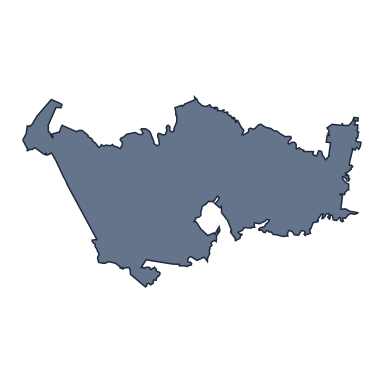 Naranjos Amatlán, Veracruz, Mexico (Albers equal-area conic projection)
{"feature_id": "50627088B32866858963160", "entity_name": "Naranjos Amatlán", "entity_type": "district", "adm_level": 2, "iso_a3": "MEX", "parent_name": "Mexico", "parent_adm1": "Veracruz", "projection": "albers", "projection_center": [-97.672, 21.308], "detail": "fine", "context": "isolated", "style": "filled", "palette": "slate", "viewbox_px": 384, "rotation_deg": 0, "n_neighbors": 0, "source": "geoboundaries", "source_scale": "gbopen_adm2", "svg_char_len": 6059}
<svg xmlns="http://www.w3.org/2000/svg" viewBox="0 0 384 384"><path d="M353.9,117.5L354.0,119.9L353.2,119.4L352.8,120.9L349.0,125.3L344.3,125.5L343.2,125.0L341.8,123.1L342.3,124.9L341.8,125.4L332.1,124.3L327.0,127.9L329.1,131.0L329.2,132.0L327.9,133.3L329.5,135.2L329.1,135.6L327.3,135.2L326.2,142.1L330.5,142.7L328.8,155.5L329.3,155.8L325.6,159.8L322.4,154.9L321.6,151.6L320.7,151.1L318.6,150.8L316.8,155.7L316.0,156.0L313.7,155.0L312.8,154.0L313.4,151.6L303.7,151.5L303.8,150.3L300.7,149.0L299.4,147.8L296.7,149.0L296.3,148.8L296.1,144.2L294.7,142.4L292.1,142.2L289.2,144.0L288.2,143.7L288.2,142.0L291.2,138.4L291.1,137.2L290.4,136.4L285.1,136.6L280.1,133.7L277.0,131.1L274.2,130.9L270.7,128.4L265.7,127.4L260.8,124.2L258.7,124.7L254.5,128.9L253.2,129.1L250.4,128.2L249.3,128.7L248.6,129.4L248.4,132.1L243.5,134.8L242.1,134.7L243.8,130.7L243.5,129.8L241.1,127.1L237.8,120.5L236.6,120.3L236.2,120.7L236.5,121.8L235.6,122.3L234.5,117.7L233.2,117.5L233.2,118.7L232.4,118.6L230.9,115.9L227.4,114.4L227.8,112.4L227.0,112.0L226.1,112.4L224.1,112.3L223.6,111.5L224.0,110.1L222.6,110.1L221.6,111.1L219.5,110.5L217.8,110.8L217.3,110.2L217.8,108.5L216.6,107.4L214.8,107.3L214.6,107.8L215.4,108.6L214.5,108.8L212.6,107.4L210.4,106.8L210.5,105.4L209.7,104.7L206.4,106.5L202.3,105.8L198.1,102.1L197.3,99.8L194.6,97.1L195.0,99.8L184.8,104.0L182.7,106.4L181.7,105.3L174.9,107.7L175.7,111.2L175.8,114.9L176.6,115.1L176.4,116.1L176.9,117.0L176.7,122.1L174.1,128.1L173.6,131.4L171.8,132.0L170.1,131.0L169.7,129.9L170.0,127.0L168.4,125.3L167.2,125.6L166.2,127.5L166.9,130.3L165.4,134.3L163.2,135.0L160.1,133.6L158.6,133.4L157.8,134.1L157.8,136.6L158.8,139.7L159.3,143.9L159.1,144.7L157.2,145.9L153.9,143.5L153.8,141.5L150.4,132.8L149.1,130.9L145.8,128.9L143.8,128.7L141.9,128.7L140.8,129.5L141.9,130.6L143.0,133.4L141.6,134.6L138.7,134.4L135.5,132.6L134.3,132.7L127.0,134.1L123.3,137.2L120.9,138.2L120.1,139.6L122.4,142.9L122.3,144.8L120.1,148.7L116.9,146.9L113.5,146.0L112.5,144.5L110.7,145.7L105.8,145.1L103.9,146.2L101.5,144.7L99.6,147.2L98.3,146.9L95.3,142.9L92.7,141.2L92.5,139.9L91.4,138.5L88.0,136.7L88.1,135.4L82.7,130.9L81.8,130.4L78.6,130.5L76.4,131.7L62.1,125.3L60.6,128.4L59.6,131.9L51.7,134.1L51.9,135.3L53.1,136.5L52.8,137.8L51.2,136.0L49.7,132.5L48.7,131.7L48.2,129.9L48.5,126.6L48.0,125.7L56.1,107.3L60.9,107.8L61.9,105.2L61.9,104.4L59.4,103.1L51.3,99.5L37.2,115.8L31.4,125.5L30.1,125.4L29.6,126.5L27.3,125.9L26.2,133.7L23.3,139.0L23.0,140.5L27.8,149.5L26.7,151.0L29.9,149.5L32.6,149.4L34.1,148.1L35.3,148.0L43.9,154.2L45.0,154.3L45.8,153.4L46.4,153.9L46.0,154.9L47.7,154.9L51.6,153.1L55.9,160.5L63.4,176.7L66.0,181.2L66.8,183.8L96.9,239.6L92.3,240.0L92.1,241.1L93.6,243.2L95.2,244.1L95.0,246.3L97.1,249.4L97.2,250.6L98.7,253.3L98.9,255.2L97.7,256.9L97.6,258.6L98.7,262.4L103.2,263.3L105.0,263.3L108.5,261.7L112.9,262.6L115.5,263.3L118.0,265.1L120.1,267.0L120.1,268.0L121.3,268.3L122.2,267.5L122.5,269.0L123.1,269.0L124.0,267.9L129.2,267.6L130.2,270.4L130.5,274.3L145.4,286.9L146.7,286.0L146.6,284.1L148.7,283.2L150.6,284.9L153.4,283.0L153.2,280.8L153.6,279.9L156.1,280.4L156.5,277.8L159.5,275.3L160.0,273.2L159.7,272.4L156.5,271.2L156.1,269.1L154.4,267.2L153.3,268.3L152.1,268.5L151.5,269.7L150.0,269.0L149.9,267.9L149.0,267.2L145.9,267.3L144.3,268.3L143.6,267.6L141.3,267.5L146.1,259.8L172.8,264.1L179.3,264.3L179.3,265.8L184.9,265.9L187.4,266.6L188.5,265.5L190.9,265.3L191.7,263.8L190.5,262.1L188.9,262.4L187.5,261.0L188.5,257.8L190.7,256.5L197.0,260.4L204.2,257.2L207.4,261.4L207.5,258.3L209.7,253.5L209.2,250.5L210.0,249.2L209.7,247.5L212.0,245.3L211.2,243.5L211.5,242.3L213.9,240.4L216.3,241.6L216.5,235.7L218.1,233.6L217.8,232.9L218.6,232.5L218.5,231.8L220.1,231.9L218.2,231.8L218.3,231.0L219.9,230.7L219.1,226.8L214.7,234.3L213.8,232.9L207.8,235.5L200.7,228.9L196.6,222.4L195.4,221.6L193.9,221.6L195.5,219.6L195.9,217.9L199.3,216.9L200.8,215.5L200.9,211.1L201.7,209.6L201.9,207.1L204.2,204.8L205.5,204.6L208.6,201.2L209.7,201.7L212.3,201.4L213.2,202.2L217.4,196.1L219.3,198.1L217.0,201.8L214.7,203.5L219.8,207.7L220.8,207.7L221.4,206.7L221.6,212.7L227.4,220.2L231.5,230.1L231.4,230.9L230.8,230.8L230.7,232.3L234.1,237.1L234.8,237.3L235.4,240.7L240.0,238.3L240.5,235.6L241.8,235.1L242.0,234.3L239.3,233.8L238.0,232.3L242.6,230.2L244.2,227.6L251.2,228.1L251.6,227.4L254.7,227.3L254.2,225.0L254.4,222.7L259.4,223.8L265.2,221.1L266.6,219.4L269.4,219.8L269.1,220.9L267.0,223.4L266.2,223.5L264.4,226.8L260.9,227.5L258.9,228.9L258.6,229.9L259.3,230.4L261.6,229.9L263.5,232.2L265.1,232.7L266.5,230.7L268.1,230.8L269.2,232.1L271.2,231.9L273.2,234.5L275.7,234.6L283.1,236.5L287.9,236.0L287.4,234.1L287.7,232.7L289.1,230.3L292.6,231.9L294.3,234.8L297.1,235.1L298.7,235.1L301.1,231.0L302.3,230.6L303.6,230.9L305.2,232.2L304.1,234.2L305.1,235.5L306.1,234.7L310.5,233.3L309.5,229.6L310.9,228.7L313.0,222.8L317.8,221.7L318.3,220.7L317.6,220.3L318.6,218.2L321.6,214.0L322.8,213.9L323.1,214.7L321.9,218.6L322.9,218.6L324.8,216.6L326.1,214.1L328.8,213.6L329.3,214.2L329.2,215.2L327.7,217.1L329.5,219.1L330.3,217.2L330.0,215.9L330.6,215.2L331.6,215.1L332.3,215.5L333.3,219.8L336.3,220.6L339.5,217.4L340.0,217.5L340.6,218.1L340.3,220.4L342.2,221.8L343.4,221.2L342.7,219.6L343.2,217.9L345.5,218.3L347.6,215.6L349.8,213.9L350.7,213.6L354.7,214.3L357.6,213.2L357.8,212.6L349.9,211.3L345.6,208.9L340.8,209.2L342.5,195.9L340.2,194.6L340.2,193.9L344.6,194.6L345.2,192.2L347.7,189.8L348.7,189.9L348.6,184.2L345.4,182.3L344.0,180.7L342.5,178.3L342.7,176.5L346.0,178.4L347.0,180.8L348.6,181.0L349.5,179.1L349.4,178.5L348.5,178.1L348.7,175.7L346.9,174.4L346.5,174.4L346.5,175.6L345.9,175.6L345.5,175.0L345.4,173.1L347.3,172.5L350.3,170.0L351.3,169.1L351.5,167.5L352.6,166.9L352.6,166.3L351.3,165.1L350.1,165.4L349.4,164.8L349.3,163.7L351.8,153.0L352.7,149.8L353.4,149.5L351.6,148.1L355.2,150.1L356.4,147.5L357.5,147.9L358.7,149.4L360.3,146.4L361.0,142.3L356.0,141.4L356.3,138.0L357.4,138.1L358.1,135.6L357.9,133.7L358.8,132.2L357.1,131.2L357.7,128.6L357.7,124.8L354.4,124.9L355.6,120.8L358.0,121.0L358.1,117.8L353.9,117.5Z" fill="#64748b" stroke="#1e293b" stroke-width="1.5"/></svg>